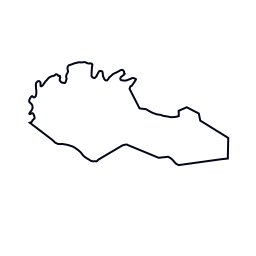 outline of Cane, La Paz, Honduras, rotated 209°
{"feature_id": "27666195B14338204727731", "entity_name": "Cane", "entity_type": "district", "adm_level": 2, "iso_a3": "HND", "parent_name": "Honduras", "parent_adm1": "La Paz", "projection": "robinson", "projection_center": [-87.651, 14.283], "detail": "fine", "context": "isolated", "style": "outline", "palette": "ink", "viewbox_px": 256, "rotation_deg": 209, "n_neighbors": 0, "source": "geoboundaries", "source_scale": "gbopen_adm2", "svg_char_len": 5704}
<svg xmlns="http://www.w3.org/2000/svg" viewBox="0 0 256 256"><g transform="rotate(209 128 128)"><path d="M190.9,166.5L191.2,166.6L191.5,166.5L192.1,166.3L192.5,166.2L193.1,165.7L193.3,165.5L193.7,165.3L194.1,165.2L194.4,165.1L194.9,165.0L197.0,164.8L197.4,164.8L197.8,164.6L198.2,164.4L200.3,162.9L201.1,162.5L201.7,162.2L202.3,161.9L202.9,161.6L203.3,161.3L203.7,160.9L204.4,160.2L204.8,159.8L205.6,159.2L205.9,159.0L206.6,158.1L208.5,155.9L208.9,155.5L209.3,155.1L209.9,154.5L210.1,154.1L210.3,153.7L210.3,153.4L210.4,153.1L210.4,152.5L210.2,151.8L210.0,151.2L209.8,150.7L208.2,148.8L207.9,148.4L207.8,148.0L207.7,147.6L207.6,147.0L207.6,146.4L207.7,145.6L207.6,144.9L207.5,144.2L207.2,143.2L207.0,142.8L206.2,142.0L205.6,141.4L205.5,141.2L205.4,140.4L205.0,139.0L204.9,138.5L204.9,137.8L204.9,137.4L205.0,136.9L205.1,136.7L205.8,136.4L206.9,136.0L207.6,135.7L207.9,135.7L208.3,135.7L208.7,135.7L209.0,135.8L209.7,136.1L210.3,136.3L210.9,136.7L211.0,136.8L211.1,137.1L211.5,138.3L211.6,138.7L211.7,139.3L211.8,139.4L212.0,139.5L212.2,139.8L212.3,140.0L212.5,140.4L213.0,140.5L213.4,140.4L213.7,140.3L213.8,140.2L214.0,140.0L214.1,139.9L214.3,139.9L214.7,139.9L215.1,140.2L215.5,140.4L215.9,140.4L216.3,140.4L216.5,140.4L216.8,140.2L217.0,140.1L217.1,139.9L217.3,139.7L217.4,139.3L217.5,138.8L217.6,138.6L217.8,138.2L218.0,137.9L218.3,137.6L219.1,137.0L219.6,136.5L220.7,135.1L221.2,134.3L221.5,133.8L221.7,133.2L222.2,130.7L222.8,128.4L222.9,127.2L223.1,125.8L223.1,125.0L223.1,124.6L223.3,123.9L223.4,123.5L223.6,123.1L223.9,122.7L224.1,122.4L224.4,122.3L224.6,122.3L224.8,122.4L224.9,122.5L226.5,125.2L226.7,125.4L227.0,125.6L227.6,125.8L228.0,125.9L228.4,125.9L228.8,125.7L229.1,125.6L229.4,125.3L229.6,125.0L229.8,124.6L229.9,124.2L230.0,123.8L230.1,123.5L230.1,123.1L230.1,122.8L230.1,122.4L229.7,121.4L229.2,120.6L228.2,118.9L227.6,117.9L226.8,117.0L226.4,116.4L225.9,115.6L225.6,115.0L225.1,114.1L224.6,112.8L224.4,112.0L224.2,111.4L224.2,111.1L224.2,110.8L224.3,110.4L224.3,110.2L224.5,109.9L224.7,109.6L224.8,109.4L225.1,109.2L225.4,109.1L225.7,109.0L226.0,109.1L226.4,109.3L226.6,109.3L227.1,109.4L227.3,109.3L227.5,109.2L227.8,108.6L227.9,108.1L228.0,107.4L228.0,106.7L228.0,106.0L228.0,105.3L227.9,104.7L227.7,104.2L227.6,103.8L227.3,103.5L227.1,103.1L226.7,102.9L226.3,102.7L225.2,102.5L223.9,102.1L223.5,101.9L222.9,101.5L222.5,101.2L222.2,100.8L221.9,100.4L221.5,99.8L221.2,99.3L221.0,98.7L221.0,98.3L220.9,97.5L220.9,97.1L220.9,96.8L221.2,94.9L221.3,93.6L221.3,93.3L221.2,92.9L221.2,92.7L220.9,92.5L220.6,92.6L219.4,94.0L218.9,94.5L218.7,94.6L218.3,94.6L218.1,94.6L217.8,94.6L217.6,94.4L217.1,94.1L216.6,93.7L215.9,93.0L215.2,92.4L214.8,91.9L214.7,91.7L214.5,91.3L214.4,91.1L215.2,88.4L215.2,88.2L215.1,87.9L215.1,87.6L215.1,87.2L215.2,86.8L215.4,86.3L215.6,85.8L216.0,85.4L216.4,85.0L188.5,80.9L187.6,80.7L185.5,80.1L184.9,80.0L184.6,79.9L183.7,79.9L182.7,80.0L181.9,80.1L181.2,80.3L180.6,80.5L179.4,81.2L178.9,81.4L178.2,81.9L178.0,82.1L173.4,83.7L171.5,84.2L168.8,84.7L167.3,85.0L166.4,85.0L165.8,85.0L165.0,85.0L163.1,84.8L160.8,84.5L159.0,84.1L158.0,83.9L157.3,83.7L153.6,82.1L151.9,81.8L150.1,81.6L149.4,81.5L147.6,81.5L145.8,81.4L145.0,81.3L144.6,81.3L144.3,81.3L143.9,81.4L143.3,81.6L142.7,81.8L142.1,82.1L141.7,82.3L141.1,82.8L140.0,83.3L139.4,83.6L139.2,83.9L139.0,84.2L138.8,85.2L138.6,85.8L136.7,89.2L124.6,109.8L123.6,111.0L121.9,112.4L120.9,113.0L119.9,113.0L86.8,116.8L78.9,122.3L76.6,122.3L75.6,122.2L74.1,121.9L71.5,121.0L69.4,120.2L68.0,120.0L66.9,120.1L65.7,120.1L32.0,145.4L25.9,149.7L35.5,167.9L68.4,169.5L73.1,175.0L86.7,174.6L92.0,167.6L89.4,163.1L90.0,162.4L90.4,162.0L91.7,160.8L94.8,158.8L95.3,158.5L95.8,158.2L96.7,157.9L97.5,157.7L97.9,157.6L103.5,155.6L104.1,155.5L104.5,155.5L105.1,155.5L105.4,155.4L105.8,155.3L106.2,155.2L107.4,154.6L109.0,154.1L109.9,153.8L111.1,153.6L112.4,153.4L113.8,153.2L115.1,153.1L116.2,153.1L118.1,153.1L118.7,153.1L120.2,153.2L120.7,153.2L121.1,153.2L121.7,153.1L122.1,152.9L126.4,151.1L127.5,150.8L145.6,163.0L146.0,165.1L146.0,165.8L145.2,166.7L145.1,167.5L144.7,171.2L144.6,173.3L144.6,173.9L144.6,174.3L144.7,174.5L144.8,174.6L145.3,174.6L147.1,174.4L147.7,174.2L148.0,174.1L148.4,173.8L148.7,173.5L149.1,172.9L149.7,172.1L151.8,169.6L152.3,169.0L152.8,168.6L153.3,168.2L153.8,167.9L154.3,167.6L154.8,167.4L155.8,167.0L156.3,166.8L156.9,166.6L157.2,166.6L157.4,166.6L157.7,166.6L158.0,166.8L158.3,167.0L158.5,167.2L158.7,167.5L158.8,167.9L158.9,168.3L158.9,168.7L158.8,169.2L158.7,169.6L158.0,171.2L157.4,172.6L157.3,173.0L157.3,173.3L157.2,173.6L157.3,173.7L157.3,173.8L157.7,173.9L157.9,173.9L158.0,174.0L158.3,174.8L158.6,175.1L158.7,175.3L159.0,175.5L159.6,175.8L159.8,175.9L160.1,176.0L160.6,176.1L161.0,176.0L161.4,175.9L161.8,175.7L162.0,175.5L162.3,175.2L162.5,175.0L165.1,170.8L166.3,169.3L166.8,168.5L167.2,167.8L167.4,167.5L167.5,167.1L168.1,165.3L168.9,163.1L169.0,162.8L169.0,161.5L169.2,160.5L169.3,159.7L169.5,159.4L169.8,159.2L170.2,159.0L170.4,158.9L170.7,158.9L171.0,158.9L171.5,158.9L171.9,159.1L172.3,159.3L172.6,159.4L173.8,160.4L174.7,161.0L175.0,161.2L176.5,163.5L177.2,164.3L177.8,164.9L178.0,164.9L178.1,165.0L179.1,164.7L179.7,164.5L180.3,164.2L180.6,163.9L180.7,163.6L180.8,163.3L180.8,163.0L180.8,159.7L180.7,158.6L180.7,158.2L180.8,157.7L180.9,156.8L181.0,156.4L181.2,156.0L181.3,155.8L181.4,155.6L181.7,155.4L182.0,155.3L182.2,155.2L182.7,155.1L183.0,155.1L183.4,155.1L183.8,155.2L184.1,155.2L184.5,155.4L184.7,155.5L185.0,155.7L185.1,155.9L185.7,156.9L186.8,159.0L188.1,161.8L188.3,162.4L188.4,162.6L188.7,163.0L188.9,163.3L189.0,163.7L189.3,164.7L189.6,165.5L189.9,165.8L190.0,165.9L190.1,166.1L190.1,166.4L190.4,166.5L190.9,166.5Z" fill="none" stroke="#020617" stroke-width="2"/></g></svg>